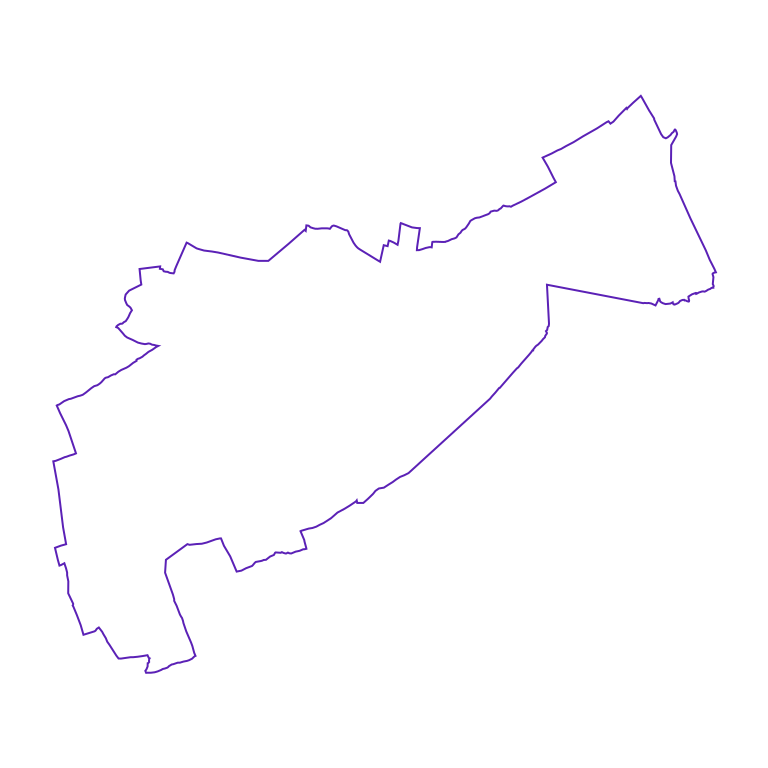 outline of Solesti, Vaslui, Romania, rotated 92°
{"feature_id": "2599482B14741458296938", "entity_name": "Solesti", "entity_type": "district", "adm_level": 2, "iso_a3": "ROU", "parent_name": "Romania", "parent_adm1": "Vaslui", "projection": "orthographic", "projection_center": [27.814, 46.772], "detail": "fine", "context": "isolated", "style": "outline", "palette": "violet", "viewbox_px": 768, "rotation_deg": 92, "n_neighbors": 0, "source": "geoboundaries", "source_scale": "gbopen_adm2", "svg_char_len": 6106}
<svg xmlns="http://www.w3.org/2000/svg" viewBox="0 0 768 768"><g transform="rotate(92 384 384)"><path d="M559.2,707.1L571.2,703.8L576.8,702.0L576.1,700.3L574.3,697.2L579.4,695.3L583.5,694.1L586.3,694.0L592.2,692.6L604.2,692.3L614.4,687.0L615.5,687.0L616.2,687.4L617.5,686.6L625.6,682.9L635.6,678.7L645.1,675.6L641.3,664.7L640.6,663.7L638.7,662.5L637.3,660.5L641.5,657.0L643.8,655.7L647.8,653.1L651.2,651.6L654.2,649.3L664.8,642.0L667.6,639.7L667.6,637.3L665.9,627.8L665.8,625.3L665.2,620.8L664.4,616.2L663.3,610.9L666.0,609.5L666.3,608.8L666.5,609.0L668.8,609.2L670.0,609.0L671.1,609.8L671.3,610.4L674.6,610.4L677.5,611.5L679.0,612.5L680.9,611.7L680.7,606.9L680.1,603.1L679.1,600.1L677.3,596.2L676.8,595.7L676.5,595.0L676.0,593.1L675.0,590.6L674.3,589.7L673.6,589.2L672.0,586.8L671.7,586.3L671.4,584.9L669.7,580.4L669.6,578.2L668.4,574.7L667.6,571.2L666.8,569.1L665.2,566.2L663.4,564.5L662.7,563.7L662.3,562.9L659.3,564.3L652.5,566.4L649.1,567.8L638.1,573.0L629.9,576.1L627.8,576.6L624.9,577.7L623.5,578.7L621.5,579.9L612.9,583.5L608.1,586.1L606.3,586.2L601.8,587.6L580.2,596.2L567.3,595.8L550.9,574.9L551.5,572.7L550.5,565.9L550.0,560.5L548.6,555.6L545.1,546.8L544.0,542.4L544.0,541.5L551.3,538.3L561.6,531.7L576.6,524.7L575.5,520.0L572.9,515.4L570.5,509.6L569.8,508.9L567.1,506.8L566.3,505.9L565.2,500.8L564.7,499.3L564.1,498.2L563.8,495.8L560.4,491.8L558.7,488.1L556.4,486.9L556.1,486.4L556.3,481.2L555.8,480.7L555.6,480.2L556.3,478.6L556.8,476.6L556.7,475.5L555.9,474.4L556.0,473.5L556.3,473.2L556.5,472.6L556.6,470.8L554.6,466.4L554.1,464.3L553.6,462.4L552.0,459.0L551.9,457.7L551.4,455.8L550.5,456.0L544.4,457.9L542.6,458.3L534.0,462.3L533.6,461.6L531.1,454.1L530.4,450.5L528.9,446.6L527.0,443.4L525.1,439.6L520.0,432.3L514.1,426.0L510.1,419.1L506.8,414.1L502.3,407.9L501.3,407.2L503.8,406.6L503.6,400.5L499.4,396.1L494.2,391.1L491.1,388.8L488.6,385.5L487.6,380.5L484.3,375.8L481.7,371.9L479.2,368.8L476.3,364.7L474.5,360.6L472.2,356.4L395.0,277.5L392.7,275.8L388.8,272.5L384.5,269.2L383.9,268.7L383.9,268.2L368.3,255.6L363.7,251.7L362.8,250.5L358.9,247.6L349.9,240.2L347.2,238.1L345.2,236.8L345.2,236.1L344.2,236.0L341.3,233.9L340.3,232.9L339.4,231.6L338.9,231.1L335.4,227.9L333.7,226.7L331.7,224.8L330.2,224.5L327.9,223.0L327.2,223.0L325.5,224.0L324.2,222.8L321.4,222.4L320.3,221.4L318.0,221.2L279.1,224.6L294.2,127.7L293.9,126.7L294.0,123.8L293.8,122.5L294.2,119.7L296.0,115.4L290.7,112.9L289.4,112.6L289.2,111.8L291.8,110.9L292.7,109.8L293.6,107.9L294.3,105.4L293.6,100.6L292.4,98.5L293.0,98.5L293.4,97.6L294.2,97.5L294.5,96.6L294.3,95.8L293.1,93.3L292.5,92.4L290.7,91.0L289.6,88.7L289.4,87.0L290.0,86.6L289.9,86.1L289.9,85.6L290.6,84.1L291.0,82.6L290.8,82.1L289.7,82.0L288.1,82.5L286.0,82.8L283.6,79.3L282.1,75.5L282.2,75.0L283.0,75.0L282.9,74.7L281.6,72.6L280.5,69.6L280.3,68.4L280.5,66.7L279.6,65.0L278.6,63.7L277.9,62.2L277.7,61.5L276.5,60.0L276.3,58.3L275.9,58.4L275.3,58.3L275.1,58.0L274.1,58.1L272.7,58.9L265.7,58.5L262.6,59.5L261.9,59.1L261.2,57.9L260.8,56.2L257.3,57.9L248.5,62.8L239.3,67.0L207.7,83.6L183.9,95.2L180.6,97.1L175.6,99.1L171.3,99.8L171.2,100.5L166.2,101.0L153.0,104.9L135.2,105.3L126.5,100.7L124.0,99.8L122.5,100.2L120.2,101.3L119.6,101.8L119.6,102.3L122.0,103.5L123.3,105.1L125.1,106.3L127.6,109.1L128.6,110.9L127.6,113.5L124.6,115.8L110.3,123.2L109.2,123.3L101.4,128.6L88.7,136.3L87.1,137.4L94.1,144.7L99.6,150.1L100.6,150.7L99.6,151.4L107.6,158.8L113.8,163.9L115.9,166.8L113.6,168.8L114.6,170.7L121.2,180.2L129.5,193.7L135.7,203.0L139.9,210.4L143.0,215.4L144.5,218.8L147.8,224.5L152.2,233.4L161.1,227.8L172.1,221.8L176.3,219.3L183.1,229.8L192.7,245.9L197.0,253.3L201.3,261.6L202.4,263.3L202.0,264.9L202.2,266.3L202.1,268.3L201.8,269.8L201.5,270.6L201.7,271.1L204.5,273.5L205.1,274.7L206.1,275.6L206.6,276.3L207.0,277.4L206.9,279.9L208.0,283.4L209.7,284.5L210.6,285.8L214.2,294.4L214.6,297.0L215.2,299.0L217.2,302.3L218.0,303.4L220.7,304.8L224.3,307.1L225.6,308.1L226.2,308.8L227.3,310.8L228.1,311.6L230.2,312.9L231.8,314.8L235.0,316.7L236.0,318.5L236.9,321.4L238.9,325.2L239.4,327.0L239.8,327.5L240.0,329.8L240.0,336.7L240.2,340.1L240.5,340.7L245.8,341.1L245.6,342.6L245.7,343.6L246.6,347.1L247.9,350.4L249.0,353.7L249.1,355.8L246.1,355.7L227.0,353.6L227.0,356.4L226.5,361.5L222.6,372.8L223.2,373.1L240.3,374.6L244.4,375.3L242.3,379.2L240.8,382.8L240.5,384.2L246.1,385.2L245.3,389.1L262.0,392.2L250.7,412.2L249.3,414.5L248.2,415.8L246.6,417.3L243.8,419.4L235.5,424.1L232.9,425.0L231.8,426.1L231.6,426.5L231.6,428.1L228.1,437.0L227.4,439.7L227.7,440.7L228.2,441.6L230.8,443.5L230.5,445.0L230.4,446.5L230.6,451.6L231.2,455.9L231.2,458.2L230.8,460.1L230.0,462.9L228.5,464.8L228.4,465.1L228.2,467.1L233.7,467.6L232.7,468.8L247.2,484.2L265.0,503.9L265.3,514.0L262.7,531.7L258.4,554.4L257.6,560.6L256.9,568.5L255.5,574.2L255.0,576.0L250.1,584.9L249.6,586.2L273.2,595.6L277.5,597.2L279.2,597.3L280.8,598.1L280.5,601.7L279.9,603.3L279.5,603.9L279.4,606.2L279.0,608.1L277.1,609.1L276.7,612.0L274.3,611.8L277.6,632.3L288.9,630.8L293.1,630.0L299.6,642.0L303.6,645.3L305.6,645.7L307.5,646.0L309.1,645.8L312.4,644.3L314.0,643.4L315.6,641.1L316.6,640.0L319.1,638.5L322.0,640.2L325.8,641.7L327.5,642.6L330.2,644.3L331.4,646.3L332.6,647.4L332.9,648.0L333.0,649.6L334.3,651.8L335.7,653.3L336.5,653.6L337.0,652.2L337.4,651.5L342.4,646.8L344.8,644.7L346.5,642.3L348.7,636.8L351.2,631.4L352.0,627.9L352.5,624.3L352.2,622.6L351.7,620.9L351.9,619.1L352.8,617.2L353.0,615.1L353.5,613.1L353.8,610.9L355.0,613.0L357.9,616.8L360.1,620.5L362.2,622.9L363.9,625.1L365.1,626.3L366.8,629.1L367.4,630.8L368.4,632.2L369.5,632.1L371.6,635.4L375.1,639.5L376.7,642.0L379.1,647.0L381.0,649.9L383.7,652.9L383.7,654.4L385.0,657.2L386.8,660.0L387.4,662.2L388.1,663.3L392.0,666.5L393.6,668.2L395.2,670.4L396.3,673.6L398.3,676.3L403.0,681.7L405.3,684.7L406.3,687.3L406.9,689.6L409.7,696.5L410.1,698.4L412.3,703.1L415.8,707.8L416.3,709.3L416.9,710.3L424.4,706.7L436.3,700.3L441.9,697.7L464.1,689.4L465.2,691.8L466.5,695.7L467.8,698.9L468.2,700.4L470.2,704.6L472.2,709.3L472.5,710.4L472.8,711.8L500.7,705.7L538.5,699.7L555.2,696.1L556.8,701.2L559.2,707.1Z" fill="none" stroke="#5b21b6" stroke-width="2"/></g></svg>